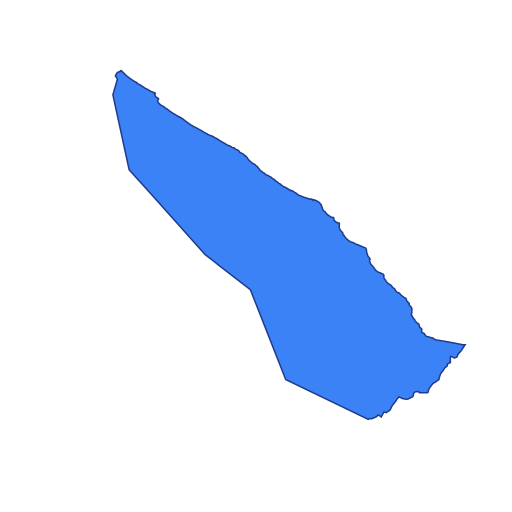 South Guadalcanal, Guadalcanal, Solomon Islands, rotated 217°
{"feature_id": "97153195B58101898205888", "entity_name": "South Guadalcanal", "entity_type": "district", "adm_level": 2, "iso_a3": "SLB", "parent_name": "Solomon Islands", "parent_adm1": "Guadalcanal", "projection": "orthographic", "projection_center": [160.082, -9.739], "detail": "fine", "context": "isolated", "style": "filled", "palette": "blue", "viewbox_px": 512, "rotation_deg": 217, "n_neighbors": 0, "source": "geoboundaries", "source_scale": "gbopen_adm2", "svg_char_len": 6021}
<svg xmlns="http://www.w3.org/2000/svg" viewBox="0 0 512 512"><g transform="rotate(217 256 256)"><path d="M35.6,311.0L36.3,310.5L37.6,309.4L38.5,309.1L51.3,302.8L59.8,298.4L60.8,297.7L62.4,297.2L63.6,296.9L64.3,296.9L65.2,297.0L65.5,297.0L66.7,296.2L68.2,295.8L71.3,294.5L71.8,294.4L72.6,294.4L74.7,295.3L75.2,295.3L75.7,295.3L76.9,294.9L77.6,294.9L78.0,295.0L78.3,295.3L78.6,295.8L78.8,296.4L79.2,296.9L79.8,297.5L80.2,297.6L81.8,297.5L82.4,297.6L83.2,298.4L84.0,298.7L84.8,299.6L87.7,299.5L89.4,299.8L90.1,300.0L90.8,300.5L91.2,300.8L92.3,300.7L92.9,301.0L93.5,301.3L94.2,301.4L94.9,302.0L95.7,302.0L96.1,302.1L96.7,302.7L97.2,304.1L97.4,304.5L98.4,305.7L99.0,306.8L99.5,307.2L99.9,307.8L100.2,308.2L101.0,308.3L102.4,308.9L103.6,308.9L104.1,309.1L105.0,310.2L105.5,310.5L106.8,310.4L107.0,310.4L107.2,310.7L108.7,310.9L109.7,311.7L110.8,312.4L111.1,312.4L111.9,312.1L112.3,312.0L113.7,312.0L114.6,312.1L115.8,312.0L116.9,312.1L119.0,312.6L119.6,312.6L120.9,312.1L122.0,312.0L123.8,312.3L124.5,312.6L124.9,313.0L125.9,313.3L126.9,313.1L127.9,313.1L130.1,313.8L131.1,313.9L133.1,313.6L135.5,313.7L136.8,314.1L137.7,314.6L138.3,314.7L140.4,315.3L141.6,316.5L141.8,316.9L142.0,317.3L142.3,317.3L142.7,317.8L143.2,318.0L145.8,317.5L146.3,317.5L147.1,317.0L148.1,316.9L149.7,316.5L151.3,316.6L153.9,317.2L154.8,317.7L155.5,317.7L156.6,318.1L158.6,318.4L160.0,318.8L160.5,319.0L163.0,321.1L163.1,321.4L162.9,322.0L163.3,322.1L164.1,322.8L165.8,323.0L167.0,323.5L168.2,324.5L169.4,325.2L171.3,327.0L171.4,327.3L171.7,327.6L172.9,328.2L173.5,328.3L176.8,327.3L178.3,327.1L179.3,326.7L181.6,326.3L182.0,326.2L182.6,325.7L183.1,325.5L184.4,325.5L186.5,325.2L188.7,324.3L189.8,324.1L192.4,324.1L193.8,324.2L194.7,324.3L197.7,325.1L198.1,325.4L198.6,325.6L198.8,325.6L199.1,325.4L199.5,325.6L200.2,326.0L200.4,326.4L200.8,326.8L203.5,327.2L204.9,327.7L205.8,328.3L206.9,329.0L207.6,330.0L208.4,331.3L208.5,331.6L209.1,332.3L209.4,332.4L210.2,331.9L210.9,331.6L211.9,331.4L213.5,331.3L215.0,331.6L215.7,331.9L216.6,333.1L216.9,333.3L217.4,333.3L219.2,332.3L219.8,332.2L220.4,332.1L221.0,332.2L221.7,332.2L223.2,332.0L225.5,332.3L227.4,332.9L228.8,332.8L229.8,333.0L230.7,333.3L232.1,334.5L233.8,335.2L234.1,335.9L235.0,336.1L235.2,336.3L236.5,336.4L237.0,336.7L238.9,336.8L240.2,336.6L241.8,336.3L242.5,336.0L242.8,336.0L242.9,335.8L243.1,335.9L243.3,335.7L243.7,335.7L243.8,335.6L243.8,335.3L244.3,335.1L244.3,334.9L244.6,335.1L245.1,335.1L245.7,334.8L246.0,334.8L246.6,334.5L246.6,334.2L247.4,333.9L247.7,333.7L248.6,333.4L248.8,333.1L249.3,333.0L250.6,332.7L252.9,331.8L256.0,331.0L257.7,330.4L258.4,330.3L259.9,330.2L260.5,330.3L261.0,330.1L261.8,330.3L262.3,330.3L263.0,330.0L265.3,330.1L266.0,329.9L266.3,329.8L267.1,329.5L267.2,329.3L267.4,329.5L268.0,329.4L268.7,328.9L271.6,328.9L271.7,328.6L272.6,328.5L273.9,328.6L275.9,327.9L278.4,327.9L279.9,328.1L280.7,327.9L282.6,327.8L284.3,328.0L284.8,327.9L285.0,327.7L286.4,327.7L287.0,328.2L287.3,328.2L288.7,327.8L289.3,327.9L289.9,327.8L290.3,327.9L291.2,327.8L291.6,328.0L292.0,328.0L293.4,327.6L294.5,327.5L294.8,327.6L296.1,327.1L297.4,326.8L298.0,326.9L298.2,327.1L299.1,327.2L300.2,326.8L302.2,327.0L302.7,327.0L303.2,326.8L304.8,327.0L305.2,327.3L307.0,327.7L307.6,327.7L308.0,328.0L308.7,328.2L310.2,328.1L310.8,328.3L311.4,328.4L312.7,328.2L313.5,328.3L314.0,328.1L315.4,327.9L316.2,328.1L317.9,328.1L319.3,328.3L320.5,328.6L321.2,328.8L321.9,329.1L322.6,329.3L322.8,329.2L323.2,329.3L323.5,329.5L323.9,329.6L324.8,329.6L325.1,329.5L325.3,329.6L325.7,329.6L325.8,329.5L325.8,329.4L326.3,329.6L327.6,329.7L328.5,329.5L330.1,329.3L330.3,329.2L331.4,329.1L331.9,329.2L332.7,329.6L334.1,329.7L336.3,329.0L338.2,329.2L338.8,329.2L339.2,328.7L339.8,328.4L340.8,328.3L343.3,328.2L344.3,327.6L344.7,327.7L345.5,327.3L346.7,327.3L348.2,327.1L349.1,327.1L349.9,326.9L354.1,326.4L357.4,326.2L358.7,326.0L359.2,325.8L361.7,325.6L363.9,325.2L364.5,324.9L366.3,324.4L366.5,324.3L366.9,324.3L367.9,323.9L368.3,324.1L369.2,324.0L371.8,323.5L372.8,323.5L373.1,323.4L376.5,323.1L377.1,322.9L379.2,322.7L382.0,322.2L382.8,322.0L383.0,321.9L384.2,321.9L384.7,321.7L385.7,321.7L386.7,321.4L387.7,321.5L389.0,321.4L389.9,321.5L390.2,321.3L390.7,321.4L392.4,321.3L397.2,321.4L397.6,321.3L398.9,321.2L399.4,321.3L400.3,320.9L400.7,321.0L400.9,320.7L401.5,320.9L402.6,320.6L406.2,320.3L408.1,320.0L412.6,319.8L415.6,319.9L416.4,319.9L416.7,319.6L417.3,319.5L417.8,319.5L418.4,319.6L418.7,319.8L419.3,319.8L422.2,319.3L424.1,319.3L424.7,319.3L424.8,319.5L425.6,319.5L426.6,319.8L427.5,320.3L427.6,320.7L428.2,321.4L428.3,322.2L428.2,322.5L428.7,323.0L429.2,323.1L429.7,322.8L430.8,322.9L431.9,322.8L433.3,323.4L433.7,323.7L433.7,323.9L433.8,324.1L434.1,324.1L434.2,324.5L434.4,325.3L434.9,325.4L435.4,325.4L436.0,324.9L436.6,324.9L437.1,324.7L438.2,324.5L439.6,324.1L442.5,323.9L444.1,323.5L444.8,323.4L446.4,323.1L447.2,323.2L451.8,322.9L453.0,322.6L453.2,322.4L453.8,322.4L454.4,322.5L455.3,322.3L455.5,322.7L456.1,322.7L456.5,322.5L457.9,322.3L462.1,322.0L467.8,322.0L469.8,322.2L469.9,322.3L473.0,322.7L473.8,322.9L474.6,322.9L474.8,322.9L475.2,322.9L475.3,322.9L475.4,322.4L475.7,322.3L475.8,321.6L475.6,321.4L476.0,321.0L476.1,320.6L476.5,320.3L477.0,319.5L477.2,318.2L476.9,317.2L477.0,317.0L477.0,315.9L476.6,315.2L476.3,315.0L475.8,314.9L475.4,314.7L474.9,314.7L474.3,314.3L473.1,313.8L467.3,298.6L409.2,248.5L374.3,241.8L297.5,226.5L282.4,226.3L282.3,226.2L240.2,225.7L157.9,175.2L68.0,193.1L67.4,194.6L66.0,195.3L64.7,197.3L62.9,200.5L63.1,201.9L62.7,202.5L60.8,202.8L59.1,202.8L59.9,208.2L58.4,209.1L57.7,209.3L56.2,213.8L57.2,218.3L57.0,224.2L57.3,226.9L56.9,229.6L53.2,230.3L50.0,231.9L48.6,233.1L46.1,238.1L47.6,241.9L47.2,243.1L46.0,244.4L44.9,245.2L44.2,245.5L43.3,245.1L36.9,249.9L36.6,250.3L38.0,254.6L38.0,260.7L36.4,264.3L36.3,265.6L35.5,267.0L37.1,271.1L37.7,273.0L37.6,276.8L37.9,280.0L37.1,283.3L38.2,285.2L37.3,286.5L36.6,287.9L39.8,291.9L40.1,293.1L36.1,294.0L34.8,296.0L35.5,299.5L35.1,303.9L35.6,311.0Z" fill="#3b82f6" stroke="#1e3a8a" stroke-width="1.5"/></g></svg>